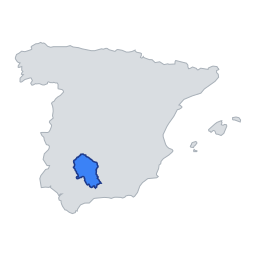 Córdoba on a map of Spain (orthographic projection)
{"feature_id": "ESP-5817", "entity_name": "Córdoba", "entity_type": "Autonomous Community", "adm_level": 1, "iso_a3": "ESP", "parent_name": "Spain", "parent_adm1": "", "projection": "orthographic", "projection_center": [-4.923, 37.957], "detail": "fine", "context": "in_parent", "style": "filled", "palette": "blue", "viewbox_px": 256, "rotation_deg": 0, "n_neighbors": 0, "source": "natural_earth", "source_scale": "10m", "svg_char_len": 5828}
<svg xmlns="http://www.w3.org/2000/svg" viewBox="0 0 256 256"><path d="M135.1,50.1L135.1,50.8L136.5,52.2L140.4,53.0L141.4,53.5L141.3,55.5L140.4,57.3L141.3,58.0L142.2,57.9L143.3,56.5L143.6,57.4L145.4,58.2L149.3,59.6L152.1,59.7L155.1,62.6L159.7,61.8L164.0,64.6L167.9,63.8L168.8,64.3L174.9,64.0L175.1,61.6L175.7,60.5L186.5,63.2L187.9,65.2L187.8,66.3L188.5,68.7L189.9,68.5L192.6,67.0L196.3,68.4L197.3,69.8L198.1,69.9L200.7,68.2L208.1,69.4L208.3,68.2L208.8,67.8L211.8,66.5L213.0,66.1L217.0,66.6L217.6,67.9L218.4,68.4L218.8,69.6L216.6,70.5L216.6,72.6L218.2,74.2L218.6,77.2L215.0,81.4L204.3,89.0L200.8,93.2L192.5,95.8L183.9,99.4L178.9,105.0L180.3,105.3L182.0,107.0L181.5,107.8L179.3,109.2L177.3,109.7L173.8,116.4L168.8,123.4L166.9,126.5L163.1,134.6L163.2,136.9L165.7,144.6L167.0,146.6L168.8,148.2L172.1,149.5L173.0,150.9L172.0,152.3L168.9,155.0L163.4,158.6L161.1,161.3L160.7,163.8L159.1,165.0L158.6,168.6L156.5,173.6L156.5,174.9L158.3,176.6L156.6,177.8L147.8,178.6L142.5,182.6L139.8,186.1L137.5,192.5L134.6,196.3L133.3,197.1L131.2,195.5L128.6,195.3L126.0,195.9L124.8,197.2L122.7,198.0L120.7,197.4L116.3,197.2L114.3,197.3L111.3,198.4L108.7,197.7L104.3,197.4L94.8,198.3L93.6,198.7L89.3,203.0L84.7,203.1L80.5,204.9L77.7,209.0L77.1,211.2L76.3,210.7L75.7,210.9L75.3,212.6L72.4,213.6L69.1,212.2L66.4,210.1L65.0,209.9L62.8,206.7L61.8,204.6L61.1,202.4L61.1,200.9L59.1,200.0L58.6,197.9L60.1,195.3L62.1,193.9L60.3,194.0L58.9,195.7L57.3,192.9L50.4,187.5L50.9,185.6L49.7,187.0L48.9,187.4L45.4,187.1L41.3,187.6L39.8,178.6L40.9,175.5L45.6,169.5L48.4,168.7L49.6,165.5L47.1,165.6L43.1,159.4L44.3,153.8L48.5,149.6L49.2,147.9L49.4,146.4L48.6,145.2L46.4,144.6L44.3,140.0L43.8,137.2L42.0,135.6L40.6,132.8L41.9,132.4L47.7,132.5L49.0,131.8L50.1,130.0L51.3,127.0L51.6,125.1L49.4,122.4L49.4,121.8L49.7,121.0L53.2,118.1L52.5,115.8L53.2,111.2L53.0,108.5L52.6,106.2L51.5,103.3L52.3,102.2L54.1,101.2L55.6,98.9L57.7,97.0L60.4,95.4L63.6,92.0L63.1,90.5L62.1,89.6L58.2,88.8L58.0,88.1L58.1,84.4L57.1,82.9L55.7,83.0L53.6,82.3L53.0,82.7L50.3,82.6L48.4,81.8L47.6,82.4L47.4,83.7L44.1,85.0L42.4,84.9L39.4,83.6L36.1,83.9L35.7,83.6L32.8,85.1L31.8,85.1L30.7,83.2L32.4,80.6L31.1,78.0L30.2,77.9L24.9,79.5L21.7,81.9L20.5,82.1L20.0,81.7L20.1,78.2L23.4,74.6L21.4,74.3L21.6,73.2L22.9,71.5L21.7,70.2L21.8,66.5L18.9,67.5L18.2,67.3L18.2,65.8L20.1,62.9L18.3,62.5L17.0,61.3L15.4,58.8L15.4,57.5L16.5,54.5L19.0,53.2L21.6,51.2L24.9,51.7L29.9,50.1L31.7,49.3L31.7,48.0L31.1,47.0L31.7,46.2L35.8,43.8L38.2,43.6L40.7,42.4L42.3,43.3L43.8,43.0L45.4,44.0L47.6,46.3L50.7,47.3L53.3,46.7L66.4,46.7L70.2,45.6L73.1,47.0L78.6,47.7L82.0,48.8L91.3,50.7L94.7,50.7L101.5,48.8L103.3,49.2L106.0,48.3L107.3,48.5L109.0,49.7L115.0,51.4L116.6,49.9L117.7,49.5L122.1,50.3L126.4,52.1L128.7,52.1L132.0,51.5L135.1,50.1ZM221.3,124.7L223.0,125.3L224.6,124.4L225.5,124.6L226.5,124.8L226.8,126.2L223.8,133.4L221.1,135.5L218.0,134.3L216.3,134.1L215.7,133.5L215.1,131.4L214.3,130.7L213.2,130.5L211.0,132.4L210.2,131.3L209.1,131.2L208.7,130.5L208.6,129.6L215.1,123.8L217.0,122.4L221.2,120.7L221.9,120.8L221.4,121.7L222.0,122.4L221.3,124.7ZM240.6,120.0L240.2,122.0L234.8,120.0L233.1,119.9L232.6,119.5L232.6,117.6L236.0,117.0L238.9,117.7L240.6,120.0ZM194.1,146.1L193.5,147.5L190.9,147.2L190.3,146.7L190.8,145.1L191.5,144.8L191.5,143.8L192.2,142.6L195.8,141.5L196.7,142.2L196.9,143.2L194.9,145.7L194.1,146.1ZM197.0,151.3L196.6,151.6L193.8,151.6L193.6,150.7L194.1,149.4L195.3,150.6L196.9,150.7L197.0,151.3Z" fill="#d9dde1" stroke="#a8b0b8" stroke-width="1"/><path d="M101.1,183.2L99.8,183.2L99.5,183.3L98.7,184.2L98.4,184.4L98.1,184.4L97.5,184.3L97.3,184.4L97.2,184.5L97.0,184.9L97.0,185.6L96.5,186.4L96.7,187.0L95.5,188.0L95.4,187.6L94.6,187.4L94.4,186.0L93.3,186.0L92.7,186.9L91.7,187.5L90.7,187.2L90.4,186.5L89.7,186.5L89.6,186.0L89.4,185.5L89.2,184.6L89.0,184.3L88.7,184.2L87.7,184.9L87.4,184.9L86.7,184.2L86.2,183.1L85.6,182.5L85.6,181.9L85.2,181.2L84.6,180.7L84.7,180.3L84.8,179.3L84.8,178.9L84.7,178.7L84.4,178.5L84.3,178.3L84.4,178.0L84.4,177.8L84.2,177.3L83.9,176.9L83.5,176.6L83.1,176.5L82.7,176.5L81.8,176.9L81.4,177.4L81.3,177.5L80.9,177.5L80.4,177.5L80.2,177.4L78.7,178.4L77.6,178.7L76.9,178.6L76.6,178.2L76.4,177.3L76.8,176.7L78.2,176.7L78.2,175.1L77.7,174.8L77.6,174.6L77.5,174.4L77.5,173.8L77.3,173.6L76.7,173.2L76.4,172.6L76.4,171.7L76.2,171.4L75.3,170.5L75.0,169.1L73.5,167.5L73.5,167.1L74.3,166.5L74.3,166.3L74.3,166.2L74.4,165.7L74.5,165.6L74.6,165.4L74.6,165.1L74.6,164.8L74.6,164.6L74.5,164.3L74.6,164.2L74.4,163.8L74.3,163.6L74.2,163.4L74.2,163.2L74.0,162.9L73.9,162.8L73.8,162.7L73.8,162.3L73.9,162.2L73.9,161.9L73.9,161.7L73.7,161.4L73.6,161.2L73.8,160.7L74.1,160.3L74.9,159.9L75.2,159.8L75.3,159.7L75.5,159.4L75.8,159.0L76.4,158.7L76.5,158.5L76.6,158.3L76.6,158.2L76.7,157.9L76.8,157.8L76.9,157.6L77.0,157.4L77.3,157.2L77.6,157.1L77.9,157.1L78.1,157.2L78.3,157.1L78.4,156.9L78.5,156.8L78.5,156.7L79.2,156.1L80.0,155.5L80.5,155.4L80.6,155.1L80.7,154.8L80.7,154.6L80.6,154.4L80.9,154.2L82.2,154.2L82.5,154.1L83.0,154.0L84.0,154.8L84.5,155.0L84.9,155.0L85.1,155.0L85.6,155.0L85.8,155.1L85.9,155.5L85.9,156.1L86.0,156.3L86.2,156.5L86.6,156.7L86.8,156.8L87.0,156.9L87.4,156.9L87.6,157.0L88.3,157.3L88.5,157.4L88.7,157.6L89.0,157.9L89.3,158.0L89.9,158.5L90.1,158.7L90.2,158.9L90.3,159.1L90.5,159.2L90.6,159.3L90.8,159.3L91.0,159.3L91.2,159.5L91.5,159.6L91.9,160.0L92.4,160.5L92.8,161.0L93.1,161.3L93.9,161.7L94.3,161.8L94.6,161.9L95.7,162.3L95.9,162.3L96.1,162.3L96.7,162.5L97.2,163.6L97.2,164.4L97.3,164.8L97.5,165.3L98.0,166.0L98.0,167.0L97.6,167.2L96.6,168.7L96.5,168.9L96.5,169.5L96.4,169.6L96.0,170.0L96.4,170.8L96.1,174.0L96.2,174.3L96.3,174.5L96.8,174.7L97.0,175.0L97.1,175.9L97.2,176.3L97.8,176.5L98.0,176.7L98.1,177.1L97.9,177.3L97.4,178.0L97.3,178.3L97.5,178.4L97.9,178.6L98.3,179.3L99.2,180.2L99.4,181.1L99.6,181.3L100.4,182.0L101.1,183.2Z" fill="#3b82f6" stroke="#1e3a8a" stroke-width="1.5"/></svg>